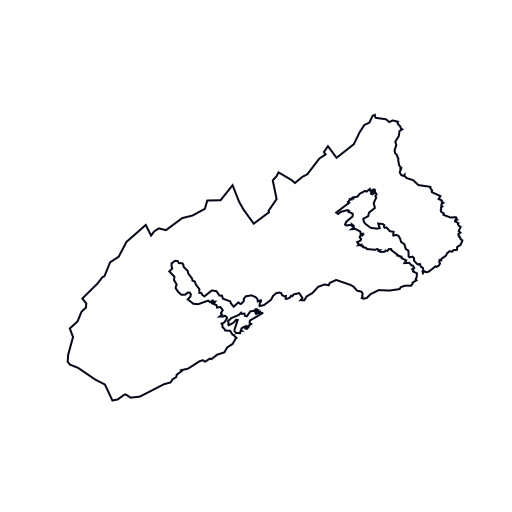 Halsa nor, Møre og Romsdal, Norway (Mercator projection), rotated 168°
{"feature_id": "86288312B43880270832618", "entity_name": "Halsa nor", "entity_type": "district", "adm_level": 2, "iso_a3": "NOR", "parent_name": "Norway", "parent_adm1": "Møre og Romsdal", "projection": "mercator", "projection_center": [8.399, 63.103], "detail": "fine", "context": "isolated", "style": "outline", "palette": "ink", "viewbox_px": 512, "rotation_deg": 168, "n_neighbors": 0, "source": "geoboundaries", "source_scale": "gbopen_adm2", "svg_char_len": 6044}
<svg xmlns="http://www.w3.org/2000/svg" viewBox="0 0 512 512"><g transform="rotate(168 256 256)"><path d="M426.5,144.5L421.2,144.4L413.4,147.8L412.1,147.6L408.1,143.5L398.9,142.6L372.8,149.7L365.9,150.1L363.2,152.7L359.3,154.1L358.2,156.4L352.4,159.0L352.9,159.9L346.1,159.9L333.0,164.8L329.6,165.1L327.8,163.2L322.5,165.2L321.0,164.4L314.4,167.6L307.0,168.3L303.2,172.6L297.1,174.9L292.7,179.8L291.3,180.1L292.6,180.3L293.8,182.3L293.6,183.1L295.3,183.9L296.8,188.1L301.8,189.7L302.1,191.4L303.6,193.4L303.1,195.5L303.7,197.0L300.8,197.6L297.4,200.9L297.3,202.2L298.8,204.0L300.6,203.6L304.2,204.3L301.4,205.6L302.2,207.3L299.8,209.9L301.5,213.6L304.8,213.6L304.8,216.1L308.9,218.9L308.2,220.2L306.1,219.2L305.4,219.8L307.4,220.2L307.6,221.5L310.6,220.4L312.0,222.3L322.4,220.9L327.1,222.2L331.8,227.8L328.6,229.9L327.7,232.0L328.4,234.0L330.7,234.4L332.9,232.9L336.9,233.5L339.5,236.9L341.2,240.9L340.9,242.7L339.5,244.5L341.2,249.5L340.1,252.8L344.0,258.9L340.5,261.2L340.7,263.7L340.2,266.2L336.4,268.1L333.7,267.4L332.9,265.1L329.6,264.2L328.9,262.9L329.1,260.6L325.9,255.6L325.9,252.9L323.2,247.2L323.2,244.9L321.2,243.9L320.7,240.4L318.3,235.5L319.1,231.6L317.1,231.1L316.7,229.2L314.9,227.2L306.4,231.5L302.0,229.8L300.0,224.9L297.5,224.3L297.3,221.2L290.6,216.9L290.5,215.2L288.4,211.0L282.9,214.3L281.3,212.3L280.0,212.5L277.2,214.6L276.8,216.7L274.3,218.7L268.5,218.4L264.8,215.8L263.5,213.3L263.7,211.2L260.5,211.7L260.4,210.7L262.2,208.9L262.9,206.3L258.4,206.3L250.3,210.1L247.7,213.3L244.4,215.3L241.2,215.5L239.2,214.6L238.6,212.3L236.7,210.7L235.1,210.6L235.9,208.0L235.3,207.6L231.9,208.1L229.9,209.8L228.9,209.1L227.2,210.6L221.5,210.7L219.3,205.3L221.6,203.5L218.0,202.6L214.9,205.9L208.6,208.0L201.6,212.9L194.8,213.9L191.0,212.2L189.5,214.3L182.6,215.9L169.3,207.9L166.9,205.6L164.4,201.1L160.3,199.2L159.5,196.8L160.4,195.1L160.2,194.1L161.3,193.0L160.1,192.0L156.6,191.8L151.7,194.9L143.1,197.1L132.4,194.4L122.4,193.8L120.9,195.4L116.3,196.0L110.8,194.7L108.8,196.0L108.4,197.4L104.0,198.9L104.7,200.0L103.4,201.6L102.1,205.5L105.6,208.2L105.0,209.0L105.9,210.6L103.7,211.4L104.5,213.9L105.8,214.4L107.5,217.4L112.3,218.2L110.0,220.5L113.6,223.2L113.7,224.3L114.6,224.6L114.2,225.3L117.3,226.9L116.8,227.2L122.3,233.4L122.3,234.6L124.7,235.1L126.4,233.6L128.0,234.4L129.5,233.4L133.4,234.1L134.5,235.1L133.7,235.7L135.1,235.8L134.8,236.6L135.8,237.6L138.2,237.3L146.2,239.8L146.8,241.2L149.5,242.3L149.4,243.6L151.2,244.3L150.7,245.2L154.0,245.3L153.0,246.4L154.2,248.5L150.5,249.4L149.6,250.8L150.7,252.7L149.3,254.7L147.9,255.2L148.5,254.2L147.8,253.9L146.6,254.9L149.0,256.3L148.9,258.3L153.2,261.8L156.9,262.3L154.4,263.5L154.1,265.1L155.0,266.2L154.7,264.5L157.4,266.9L161.2,267.0L162.4,268.3L160.5,270.8L153.5,274.5L152.6,276.5L152.9,277.5L156.4,280.0L155.6,280.9L157.1,281.9L163.9,281.5L166.9,280.0L168.5,281.8L153.8,288.7L154.8,289.8L152.5,291.3L152.5,292.1L150.7,291.4L150.4,292.5L148.9,292.0L148.9,293.1L144.4,293.0L141.6,295.3L135.8,297.0L134.5,296.0L130.8,297.9L130.8,296.2L130.1,295.8L127.4,296.7L126.3,296.3L126.7,295.2L125.1,295.6L130.1,294.2L130.6,293.1L129.2,292.1L126.1,293.4L125.2,291.2L126.8,289.8L126.3,288.1L129.9,283.2L129.7,278.3L136.5,274.9L137.9,271.7L143.3,270.1L143.5,268.3L142.7,265.2L138.0,259.7L132.0,257.6L129.2,257.5L129.7,262.3L125.4,260.9L124.1,259.5L124.7,257.9L124.4,256.8L122.3,256.7L120.0,252.5L116.4,251.0L117.4,247.8L118.2,247.4L114.1,247.4L112.3,245.8L111.4,242.9L111.2,239.6L108.4,236.7L108.1,231.8L105.8,229.5L106.8,223.8L106.1,222.8L103.0,222.8L101.8,221.1L102.4,218.7L100.5,215.3L99.1,213.9L97.4,214.2L96.9,211.2L95.2,209.7L95.3,207.4L96.4,206.2L96.2,204.5L94.6,206.1L92.7,204.7L90.2,204.8L82.4,208.6L81.6,207.8L79.2,208.6L77.6,210.3L78.0,212.1L77.3,213.9L75.8,213.2L75.3,214.6L69.8,217.0L68.9,218.7L65.8,220.4L63.1,219.5L61.5,220.7L58.2,220.2L57.2,223.1L53.5,224.4L50.9,228.3L52.5,230.2L52.3,231.2L53.3,232.4L52.9,233.1L53.5,233.6L53.5,235.5L51.2,236.3L52.5,238.4L49.8,241.9L51.5,243.6L51.8,245.3L51.2,246.0L54.1,248.5L53.8,249.5L51.7,249.7L52.5,250.7L52.0,251.5L52.4,252.4L57.8,253.2L64.1,257.3L63.5,258.6L65.6,260.7L65.8,262.6L65.1,263.3L65.0,264.9L63.4,265.8L64.3,266.7L63.6,268.4L61.7,269.1L63.1,270.6L62.7,271.4L63.2,272.2L65.5,273.7L63.1,276.2L70.6,281.8L70.7,283.0L70.1,283.6L71.4,286.3L71.1,287.4L82.4,291.6L86.5,297.5L92.6,301.0L94.2,303.8L93.9,304.6L95.4,303.7L97.3,305.3L98.0,308.0L96.1,311.0L96.7,311.1L96.5,311.9L95.8,311.9L95.9,310.8L95.5,312.1L97.1,314.5L97.0,320.2L96.5,321.7L97.1,323.2L97.0,325.0L98.4,327.4L98.6,330.3L95.7,335.4L96.0,338.8L91.4,343.6L89.7,348.3L86.7,349.5L87.6,350.1L88.1,353.0L89.6,355.3L89.9,357.2L89.3,357.9L94.3,360.2L97.8,359.3L100.4,362.7L110.0,366.2L110.6,367.6L110.5,369.4L112.8,368.9L117.4,362.9L122.8,361.6L128.8,355.6L137.1,345.0L156.8,335.3L162.8,348.4L168.0,343.5L166.8,340.9L173.7,338.2L188.9,325.2L194.2,323.8L202.7,319.3L205.4,322.9L216.6,333.1L219.4,329.7L223.9,326.5L224.0,307.4L234.4,297.5L234.2,296.1L251.5,288.1L258.5,303.8L261.3,312.7L264.2,330.1L279.1,317.9L292.1,320.4L296.2,312.8L309.6,308.8L320.3,308.4L338.7,300.0L345.3,303.2L350.4,301.3L354.4,297.8L357.4,309.3L379.8,296.7L390.5,283.8L400.0,280.2L408.4,267.8L410.8,267.1L416.5,262.2L434.7,250.5L431.9,244.8L433.1,240.9L438.3,237.7L444.2,229.1L453.2,223.8L451.8,214.8L460.3,198.4L462.2,191.6L460.4,188.3L453.2,183.5L439.0,168.6L430.5,161.7L426.5,144.5ZM291.6,184.9L287.6,183.8L286.7,185.8L285.5,185.7L286.2,186.3L285.3,188.1L283.3,189.0L280.9,189.4L281.8,187.8L281.6,187.3L280.8,187.3L280.2,186.6L279.9,186.7L278.7,187.6L279.8,187.8L279.4,188.7L274.8,190.5L276.2,191.9L275.4,194.1L260.8,199.0L263.3,199.0L263.3,199.8L264.4,200.1L264.0,200.7L265.6,200.6L265.0,202.3L266.4,201.9L266.0,200.9L266.6,200.7L266.1,199.6L268.1,199.4L268.4,200.8L266.4,202.7L266.3,203.8L267.5,204.0L269.5,202.7L273.0,203.1L277.5,198.9L279.3,199.8L279.3,202.1L282.2,202.4L282.4,203.6L285.1,201.9L293.0,200.4L296.9,198.1L296.8,196.2L297.4,194.7L297.0,193.9L291.9,195.4L288.6,197.8L287.2,197.2L292.5,188.2L292.6,186.9L291.6,184.9Z" fill="none" stroke="#020617" stroke-width="2"/></g></svg>